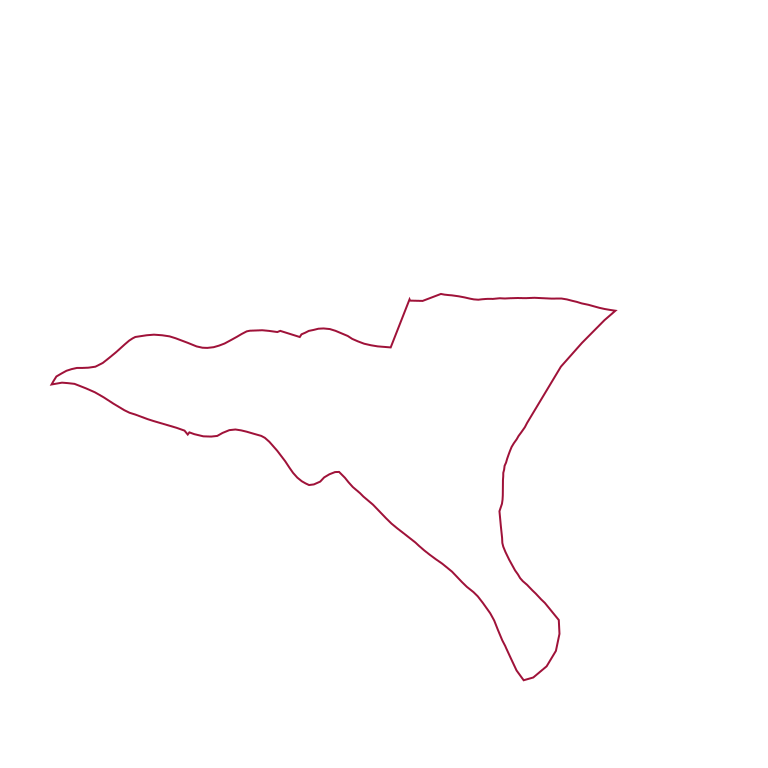 Monchy/Vieux Sucreic/Bois D'Ine, Gros Islet, Saint Lucia, rotated 121°
{"feature_id": "8701671B73364458199971", "entity_name": "Monchy/Vieux Sucreic/Bois D'Ine", "entity_type": "district", "adm_level": 2, "iso_a3": "LCA", "parent_name": "Saint Lucia", "parent_adm1": "Gros Islet", "projection": "natural_earth1", "projection_center": [-60.951, 14.056], "detail": "fine", "context": "isolated", "style": "outline", "palette": "rose", "viewbox_px": 768, "rotation_deg": 121, "n_neighbors": 0, "source": "geoboundaries", "source_scale": "gbopen_adm2", "svg_char_len": 2696}
<svg xmlns="http://www.w3.org/2000/svg" viewBox="0 0 768 768"><g transform="rotate(121 384 384)"><path d="M566.0,111.7L558.7,104.9L542.2,99.2L524.2,99.2L507.8,104.9L496.3,112.6L488.8,133.4L487.7,138.3L485.5,146.0L484.5,150.4L483.4,154.5L482.5,157.7L481.5,163.5L480.3,167.3L478.2,171.2L476.3,175.6L470.2,186.1L465.5,193.3L462.0,198.0L459.3,200.7L455.1,203.5L451.0,206.6L445.7,210.6L433.6,219.5L425.9,221.2L422.1,222.8L418.3,224.8L411.8,228.6L405.0,232.6L401.8,234.2L398.7,236.0L395.6,236.9L392.0,238.5L388.5,238.9L384.8,239.9L380.5,240.8L376.8,241.5L372.3,242.2L368.0,242.2L363.0,241.8L359.2,241.9L355.3,241.5L348.5,241.0L343.7,241.3L317.4,241.3L278.0,241.3L246.9,235.5L215.7,227.9L202.0,223.4L203.8,227.7L206.1,233.6L207.8,238.7L209.2,243.7L210.8,249.5L213.1,256.1L214.3,261.0L215.8,265.7L217.3,270.8L219.3,275.8L224.8,284.9L232.6,299.4L237.6,307.0L241.5,313.8L245.8,320.5L248.5,324.5L250.9,329.0L255.0,334.5L256.6,337.3L258.3,340.0L260.8,343.5L263.2,346.6L265.2,350.6L266.5,354.1L268.3,359.6L270.3,365.0L273.1,371.6L274.4,374.2L276.2,378.1L277.5,381.6L292.9,393.7L299.1,404.6L298.3,405.7L349.2,397.1L355.0,408.8L357.5,415.1L359.7,421.8L360.9,428.4L361.7,434.5L361.5,439.8L363.4,453.0L364.8,458.7L367.5,464.4L370.4,468.7L373.9,472.2L377.2,475.8L380.7,478.0L383.9,480.3L387.1,480.4L391.9,500.3L394.4,502.2L397.6,509.7L400.6,516.0L407.4,526.4L409.6,528.8L414.5,531.8L419.3,534.4L425.0,537.7L431.4,541.5L436.1,545.2L440.2,549.0L444.1,554.1L446.4,558.3L448.3,564.0L449.8,573.5L452.1,586.1L453.6,592.3L456.5,599.3L460.2,606.6L464.5,612.6L471.8,621.4L474.4,623.0L478.1,624.8L483.5,626.6L494.6,630.0L502.8,632.9L510.8,635.9L517.8,640.3L522.2,645.7L525.3,650.4L528.4,655.5L532.1,659.4L536.2,663.0L541.0,665.8L546.3,668.7L551.9,668.8L555.6,668.7L548.7,660.7L546.2,655.7L543.3,649.4L542.3,643.6L541.2,637.0L540.0,627.5L539.8,617.3L540.2,605.8L540.2,593.2L539.7,587.3L538.3,581.5L535.9,568.7L534.5,562.7L528.4,539.3L526.7,531.0L528.4,526.2L525.7,525.9L524.7,520.8L521.9,511.9L518.1,505.1L514.4,500.2L509.1,497.2L503.2,492.8L499.5,487.9L497.3,482.5L495.6,477.1L493.6,469.5L491.7,462.5L491.5,458.4L492.6,452.5L496.2,441.2L501.1,428.9L504.5,421.8L507.0,416.2L508.9,410.1L509.7,404.4L509.6,400.1L509.2,396.2L506.2,392.4L500.5,388.4L494.9,387.2L489.5,384.3L484.7,380.6L482.5,377.2L484.5,369.2L486.5,363.8L488.4,357.6L489.9,348.4L491.1,343.7L493.1,331.3L498.0,313.2L499.8,305.7L500.9,298.3L501.8,290.7L503.7,275.4L504.7,270.8L505.9,263.9L506.8,256.8L507.5,249.5L508.0,241.7L509.8,229.1L513.7,214.9L515.2,208.5L516.3,200.1L517.7,194.3L520.7,186.6L525.8,174.9L530.0,167.7L536.2,159.6L542.8,150.6L546.3,144.9L547.2,143.7L553.8,134.0L561.3,122.8L566.0,111.7Z" fill="none" stroke="#9f1239" stroke-width="2"/></g></svg>